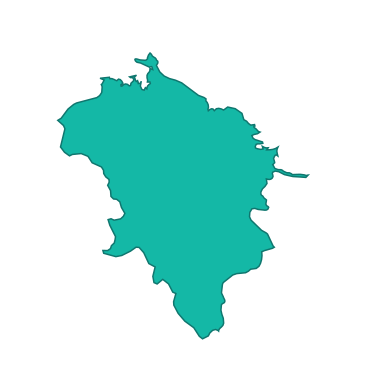 map outline of Ipeiros (Natural Earth projection), rotated 166°
{"feature_id": "GRC-2949", "entity_name": "Ipeiros", "entity_type": "Region", "adm_level": 1, "iso_a3": "GRC", "parent_name": "Greece", "parent_adm1": "", "projection": "natural_earth1", "projection_center": [20.643, 39.638], "detail": "fine", "context": "isolated", "style": "filled", "palette": "teal", "viewbox_px": 384, "rotation_deg": 166, "n_neighbors": 0, "source": "natural_earth", "source_scale": "10m", "svg_char_len": 4184}
<svg xmlns="http://www.w3.org/2000/svg" viewBox="0 0 384 384"><g transform="rotate(166 192 192)"><path d="M168.4,102.0L172.6,101.6L178.9,98.7L183.1,96.8L184.3,95.9L185.0,94.5L187.6,87.6L187.8,86.7L187.0,82.8L186.9,81.7L186.4,79.4L186.5,78.1L187.3,76.9L189.7,76.2L190.7,75.5L192.5,70.4L192.6,66.1L192.2,61.9L193.0,57.1L194.3,55.1L196.1,53.9L198.0,52.9L199.3,51.8L199.8,50.6L200.3,51.4L202.4,52.9L205.4,52.8L208.8,50.9L211.0,48.4L217.3,47.0L219.8,50.2L223.1,59.9L230.2,68.4L234.8,77.6L237.0,86.6L236.4,90.0L232.2,97.4L234.9,99.5L237.0,108.5L241.5,114.3L248.1,111.2L250.8,113.3L250.4,119.6L245.9,128.2L251.2,133.0L253.5,144.8L256.7,151.0L259.6,152.0L266.0,149.5L275.5,147.4L281.5,147.7L292.5,153.9L292.6,156.8L288.0,155.6L284.8,156.8L283.1,159.5L279.8,161.3L278.1,164.5L277.0,167.2L279.8,179.7L280.1,185.5L277.0,185.6L274.4,183.5L267.8,183.2L264.5,185.0L262.3,187.5L264.2,194.1L264.4,199.9L266.9,203.2L269.8,204.2L271.7,207.3L270.7,213.0L272.2,218.9L270.0,221.5L269.5,224.3L272.0,227.5L273.2,231.2L272.6,234.5L273.8,238.2L281.8,244.5L284.3,251.8L290.2,256.1L299.0,257.4L302.1,256.7L306.1,261.4L308.7,267.5L300.0,284.1L300.6,287.6L304.9,294.0L301.1,295.2L292.2,302.5L285.6,305.6L282.5,306.3L261.5,306.6L258.3,307.9L255.5,310.4L253.7,315.9L254.0,318.3L253.1,318.6L250.1,321.9L253.7,324.6L244.4,323.3L244.4,321.9L242.3,321.4L240.3,320.0L238.8,318.7L238.0,318.2L236.0,319.3L234.4,318.4L233.3,316.5L232.8,314.5L233.2,314.5L233.7,313.6L235.1,313.2L235.1,311.8L233.9,311.8L232.2,312.8L230.3,312.9L228.5,312.0L227.2,310.2L225.9,310.2L224.9,312.3L221.9,314.0L221.3,315.3L222.0,317.4L223.9,317.8L224.7,318.8L217.6,318.7L220.2,317.5L219.9,316.1L219.8,314.1L219.3,312.7L217.9,313.2L217.9,312.4L217.7,311.9L217.6,311.6L217.9,311.3L217.9,310.2L216.4,310.0L215.5,310.3L215.0,311.0L214.4,311.8L216.5,307.2L215.8,303.6L213.8,302.4L212.0,304.5L210.9,303.0L210.3,304.5L209.3,305.7L207.9,306.6L206.2,307.3L206.2,308.9L208.7,309.5L208.0,311.2L208.0,313.6L207.4,316.1L206.1,317.7L204.8,318.5L203.6,319.7L202.9,321.9L200.5,320.3L200.6,322.4L200.8,323.4L201.5,323.6L202.9,323.3L210.7,329.6L214.0,331.2L215.1,332.7L215.4,334.2L214.9,334.8L213.5,334.5L210.4,332.7L205.5,331.1L204.4,331.2L202.9,332.0L202.8,332.9L201.1,335.4L199.1,337.0L198.1,335.5L197.6,333.5L196.4,332.1L195.2,330.9L194.7,329.8L194.5,328.5L194.1,327.8L193.7,327.4L193.6,326.9L193.9,325.5L194.7,324.6L195.5,324.0L195.9,323.3L194.2,316.3L190.9,311.2L186.4,307.5L181.0,304.5L175.6,300.4L162.4,284.2L157.5,280.8L155.9,279.0L156.5,277.1L155.6,275.2L155.2,272.7L155.5,270.3L156.5,268.5L156.5,266.9L154.5,267.8L152.7,268.0L151.5,267.4L150.7,265.5L148.2,266.9L145.8,266.7L143.6,265.6L141.5,263.9L136.8,265.8L129.9,262.4L124.5,256.2L124.2,249.6L121.9,247.5L120.6,244.8L118.8,242.7L115.0,242.3L115.0,240.8L116.1,240.8L116.1,239.5L114.7,237.9L112.9,234.6L111.5,233.7L114.4,232.7L117.9,232.8L120.3,232.3L119.7,229.3L118.1,227.6L111.5,223.5L111.5,222.1L114.5,222.3L116.6,222.8L118.2,222.7L119.7,220.7L119.7,219.3L118.0,218.1L115.0,216.7L112.6,216.6L112.7,219.3L111.2,217.9L109.3,216.8L107.4,216.5L109.3,214.8L106.1,214.1L103.2,213.8L100.4,214.0L97.7,214.8L99.0,213.1L99.8,211.2L100.0,208.9L100.0,206.2L101.2,207.6L102.4,207.5L103.5,206.4L104.7,204.9L104.7,204.2L104.6,201.4L104.7,200.4L105.0,200.3L106.6,199.2L107.0,199.1L105.9,194.8L103.1,192.9L100.2,192.1L98.9,191.1L98.4,190.2L95.7,188.0L94.9,187.6L93.0,187.1L91.6,186.1L90.3,184.6L82.8,183.0L79.0,181.5L77.0,180.3L76.1,180.4L75.3,180.3L78.0,178.6L83.7,180.5L90.4,182.6L98.1,186.5L102.9,190.7L106.3,192.2L109.0,191.6L109.6,190.4L109.5,188.9L109.7,187.3L111.0,185.9L112.4,185.4L113.8,185.4L115.2,185.9L116.7,186.7L117.2,182.1L119.8,179.8L122.9,178.0L125.2,175.3L125.7,173.0L125.2,171.9L124.3,170.9L123.7,169.1L123.4,168.5L122.2,167.0L121.7,166.3L121.9,165.6L123.0,163.1L123.3,162.0L122.7,160.4L121.7,159.5L121.3,158.6L122.5,157.0L123.9,156.5L125.6,156.7L125.8,156.8L132.1,159.1L135.0,160.9L137.9,161.2L140.8,158.3L142.2,154.0L141.5,150.4L133.8,138.0L129.8,134.2L128.9,132.9L126.4,120.1L125.5,118.5L127.6,117.9L136.0,117.6L138.8,117.1L139.5,113.3L140.9,109.5L142.8,106.2L145.0,103.7L148.2,102.3L153.8,102.9L156.4,101.5L159.5,100.7L168.4,102.0Z" fill="#14b8a6" stroke="#0f766e" stroke-width="1.5"/></g></svg>